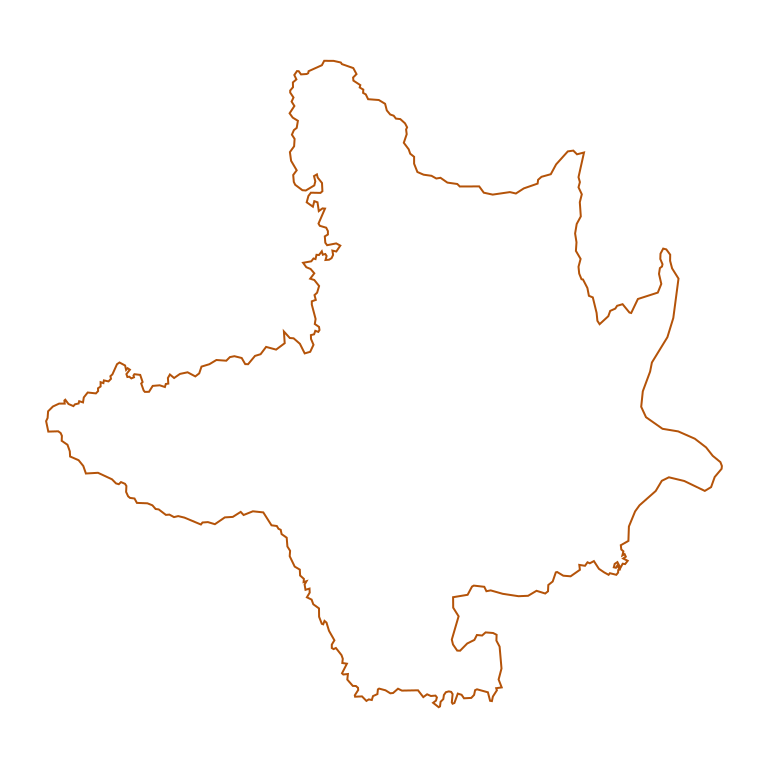 the district of Armero, Tolima, Colombia
{"feature_id": "7082276B14946776938567", "entity_name": "Armero", "entity_type": "district", "adm_level": 2, "iso_a3": "COL", "parent_name": "Colombia", "parent_adm1": "Tolima", "projection": "robinson", "projection_center": [-74.888, 5.016], "detail": "fine", "context": "isolated", "style": "outline", "palette": "amber", "viewbox_px": 768, "rotation_deg": 0, "n_neighbors": 0, "source": "geoboundaries", "source_scale": "gbopen_adm2", "svg_char_len": 6068}
<svg xmlns="http://www.w3.org/2000/svg" viewBox="0 0 768 768"><path d="M668.9,477.3L684.3,481.0L704.8,490.9L711.1,487.1L714.7,477.0L721.6,468.8L721.9,466.0L720.4,462.1L712.7,455.8L706.1,447.4L694.8,438.7L678.2,431.4L662.5,428.8L646.0,417.2L641.2,406.8L642.8,391.3L650.1,371.6L651.9,362.5L667.4,337.2L673.3,318.0L678.5,278.6L672.1,268.4L670.1,260.8L670.2,254.7L666.3,249.4L663.2,248.6L660.5,253.7L660.3,259.0L662.5,264.2L662.0,266.5L659.9,268.1L659.0,273.9L661.3,283.9L657.8,292.6L637.9,299.0L631.2,313.0L629.4,312.5L622.6,304.2L617.1,305.8L615.3,308.6L610.2,310.9L608.3,316.2L599.6,324.2L597.4,320.8L596.6,312.9L592.8,297.4L588.9,295.8L587.4,288.0L583.0,279.5L581.5,279.2L579.2,273.6L578.5,266.8L580.6,258.9L575.9,250.9L576.5,242.3L575.1,233.5L576.7,224.0L580.8,216.4L579.8,202.2L581.8,194.3L578.5,187.3L579.9,182.1L578.5,177.2L584.0,152.5L577.0,154.3L573.3,150.6L567.8,151.4L556.1,164.4L550.8,174.2L541.5,176.8L538.1,179.8L537.6,183.6L523.8,188.4L515.9,193.5L509.9,192.1L492.7,194.6L483.8,192.7L479.2,186.4L459.8,186.5L457.3,184.0L447.4,182.6L440.5,177.8L436.3,178.5L431.5,175.8L423.6,174.7L417.4,172.0L414.1,163.7L414.1,156.8L410.2,153.7L408.7,149.3L403.8,142.8L406.7,134.2L406.1,129.5L407.1,127.3L405.0,123.3L400.3,119.1L395.9,118.6L393.7,115.7L390.2,114.5L386.8,110.4L385.1,103.8L378.8,100.0L368.1,99.2L365.8,94.4L363.1,92.9L363.3,89.6L359.7,87.5L360.3,85.1L353.4,80.6L353.1,77.5L356.5,74.1L353.3,68.1L341.9,64.1L340.8,62.5L333.7,60.9L324.2,60.8L321.9,65.2L308.6,71.2L308.2,73.2L306.7,74.0L301.0,74.4L298.7,71.2L297.0,71.1L294.3,75.0L296.4,79.4L292.9,82.4L293.0,87.2L290.2,90.5L290.2,92.6L293.5,97.5L291.6,101.6L294.4,106.0L289.6,113.3L292.7,117.6L297.9,120.8L296.7,127.9L293.9,130.1L291.9,134.7L294.6,138.9L294.1,146.3L289.9,152.1L291.1,160.8L296.7,170.3L293.2,175.0L293.8,181.9L295.2,184.8L302.4,190.2L305.8,190.5L314.3,185.4L315.3,181.3L314.0,176.1L316.9,174.4L317.7,177.6L322.0,183.0L322.4,191.2L320.5,192.9L310.9,192.7L308.4,196.0L306.7,202.3L312.9,206.7L314.3,201.2L317.5,202.3L318.8,211.1L322.5,208.4L325.0,208.6L318.5,223.6L319.8,225.8L326.2,227.7L327.9,231.1L327.9,234.5L324.8,236.4L325.3,242.7L327.1,245.2L336.2,243.4L340.3,245.6L336.3,251.5L332.4,250.6L333.1,254.9L331.6,258.1L329.1,259.7L325.5,260.0L326.6,256.0L325.3,254.0L322.8,254.7L321.8,251.3L319.0,255.0L316.5,254.8L315.5,259.1L313.5,258.5L311.3,261.3L303.1,262.8L306.3,267.2L310.6,269.0L314.3,273.3L310.2,278.7L314.3,280.0L319.1,286.0L317.1,292.7L314.5,295.1L315.8,299.9L311.8,301.3L311.8,304.6L315.6,319.0L314.8,324.0L319.0,326.9L319.5,330.0L318.3,331.9L315.3,330.8L314.1,334.3L310.9,335.1L311.0,338.9L313.5,344.8L310.2,351.8L304.7,353.4L299.9,343.8L293.6,338.3L289.8,338.0L283.9,331.5L284.7,343.2L276.1,349.6L266.1,346.9L260.6,354.2L255.0,355.9L248.1,364.2L245.2,364.1L241.7,358.0L234.4,356.2L229.9,357.1L226.3,360.7L216.4,360.0L209.4,364.2L201.5,366.6L199.2,373.4L195.3,376.4L187.6,372.3L180.0,373.9L174.1,378.0L169.9,374.5L167.9,378.0L168.3,383.6L165.8,384.0L164.9,387.0L159.7,385.3L152.7,385.9L149.0,391.8L144.9,391.9L143.7,390.6L141.2,383.5L142.6,382.0L140.2,374.9L134.4,374.2L133.5,375.5L134.0,377.3L131.3,378.4L129.3,376.7L127.4,377.0L126.4,374.1L129.9,369.7L127.6,368.2L126.1,369.9L125.1,365.5L119.5,362.5L117.0,364.2L112.4,374.4L110.4,376.2L111.0,378.8L108.5,381.4L103.9,380.4L103.4,383.1L100.6,382.2L100.6,386.5L98.0,388.3L98.1,391.1L95.9,393.4L87.7,392.5L83.8,397.4L83.0,402.4L79.2,401.2L78.6,403.5L75.0,404.3L73.4,406.1L68.5,404.0L65.3,399.7L64.4,400.5L64.7,403.6L59.1,403.6L52.9,406.5L48.1,411.3L47.6,418.0L46.1,421.1L48.3,431.6L58.2,431.3L60.6,433.0L61.9,435.8L61.7,440.8L67.5,444.8L69.8,451.3L70.1,456.5L78.6,460.2L83.3,466.0L85.9,473.5L98.0,472.8L112.0,479.3L116.0,483.4L118.8,484.2L121.0,482.1L125.0,483.8L126.4,486.0L126.1,491.9L128.1,496.3L130.0,497.9L134.5,498.5L136.9,502.9L147.4,503.3L152.4,505.3L155.6,509.0L158.7,509.4L165.9,514.9L169.4,514.6L174.0,517.1L178.2,516.1L184.4,517.6L200.9,524.5L202.5,522.5L207.9,522.1L214.9,524.2L224.8,517.4L232.8,516.9L240.7,511.9L243.6,515.0L252.9,511.3L263.3,512.4L271.5,525.3L276.8,526.0L278.5,528.8L280.7,529.8L281.6,534.1L286.7,537.7L287.4,546.5L290.1,550.8L289.7,556.2L294.7,566.6L299.8,569.6L300.1,575.5L303.9,578.9L303.6,582.1L306.5,581.2L304.6,584.5L305.5,589.8L309.5,588.6L309.7,592.6L306.9,597.3L311.6,599.6L313.3,604.3L319.0,608.4L319.1,616.8L321.8,623.8L323.2,624.3L324.5,620.9L326.5,622.6L329.0,630.8L334.4,640.3L331.8,644.6L331.8,648.0L333.6,649.1L335.9,648.0L341.5,655.1L342.8,658.8L342.3,663.0L346.9,663.7L342.0,673.3L343.3,674.5L347.9,674.0L347.3,679.6L352.8,685.9L355.9,686.0L358.0,687.8L358.2,690.0L354.8,695.3L355.1,696.7L362.0,696.4L366.4,700.9L368.8,699.4L371.8,700.0L373.0,696.1L377.4,694.1L377.9,689.4L379.1,688.6L385.5,690.3L390.3,693.3L393.1,693.0L398.0,688.7L401.9,690.6L418.0,690.3L423.3,697.1L427.1,694.3L430.9,696.0L435.5,695.6L436.9,697.4L436.0,700.6L433.1,702.8L438.7,707.2L440.0,706.4L440.6,701.8L443.3,699.1L443.9,695.0L445.9,692.2L448.8,691.4L451.2,691.9L452.6,694.1L451.8,702.4L452.6,703.7L454.4,703.0L457.8,693.6L461.6,694.8L464.0,698.3L471.3,697.9L474.1,694.9L475.1,690.2L477.0,689.3L487.9,692.3L490.1,700.8L491.9,701.1L492.9,696.5L496.9,690.3L496.2,688.2L501.7,687.4L498.6,679.5L501.5,668.5L499.6,646.6L496.4,640.6L496.6,634.8L493.1,633.0L485.6,632.4L482.1,635.5L476.9,635.0L474.4,639.9L467.2,643.5L460.1,650.7L457.2,650.6L453.0,644.5L451.8,639.6L458.6,616.3L453.2,607.7L453.1,597.2L467.6,594.8L472.0,586.6L473.8,585.6L484.3,586.8L486.4,591.2L490.7,590.4L502.7,593.8L518.5,596.2L528.1,595.8L536.5,590.8L545.2,593.5L548.0,591.3L548.3,585.0L552.7,581.5L555.8,572.4L557.1,572.0L563.3,575.7L570.6,576.3L579.9,569.8L579.3,564.9L585.0,565.8L587.5,562.3L589.8,563.3L593.9,561.1L598.9,568.8L604.2,572.4L608.6,574.8L609.9,573.2L616.3,574.8L618.1,572.6L618.2,570.1L619.7,569.6L617.3,565.6L615.9,567.8L613.8,567.3L614.7,563.9L617.4,562.1L620.4,567.9L622.7,563.7L625.1,564.1L627.7,560.8L623.2,558.5L625.8,556.7L624.6,554.1L622.4,555.4L623.4,551.3L621.3,549.5L620.8,545.2L628.4,540.9L628.9,526.5L635.1,511.4L639.5,505.3L655.7,491.0L661.8,480.8L668.9,477.3Z" fill="none" stroke="#b45309" stroke-width="2"/></svg>